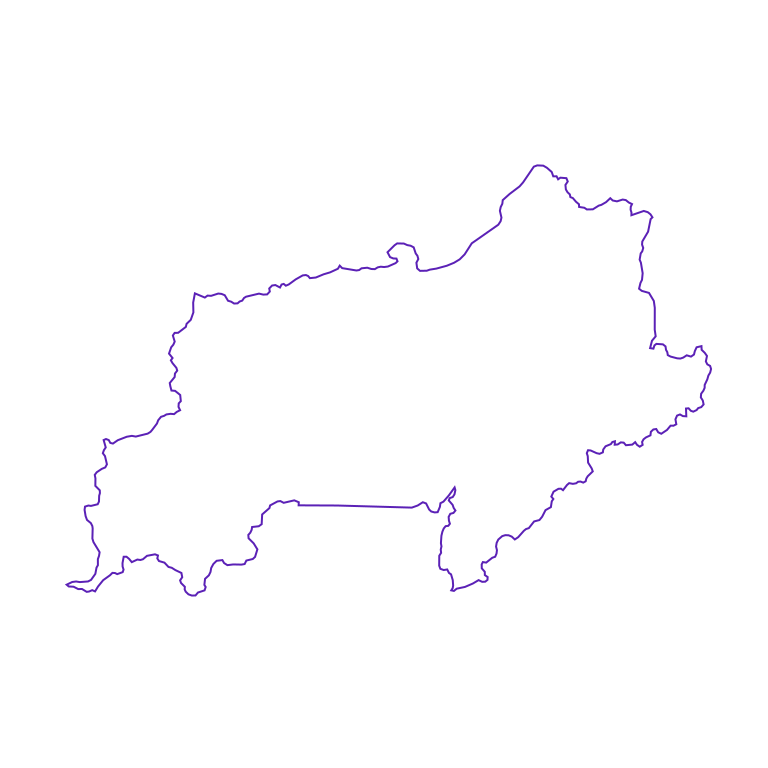 outline of Governador Valadares, Minas Gerais, Brazil, rotated 177°
{"feature_id": "56859067B87611191748041", "entity_name": "Governador Valadares", "entity_type": "district", "adm_level": 2, "iso_a3": "BRA", "parent_name": "Brazil", "parent_adm1": "Minas Gerais", "projection": "orthographic", "projection_center": [-41.948, -18.795], "detail": "fine", "context": "isolated", "style": "outline", "palette": "violet", "viewbox_px": 768, "rotation_deg": 177, "n_neighbors": 0, "source": "geoboundaries", "source_scale": "gbopen_adm2", "svg_char_len": 6123}
<svg xmlns="http://www.w3.org/2000/svg" viewBox="0 0 768 768"><g transform="rotate(177 384 384)"><path d="M160.2,550.9L166.3,547.5L172.3,547.7L174.7,549.5L179.9,550.6L179.9,553.3L182.7,555.9L185.7,559.8L188.1,560.9L188.5,563.6L190.7,565.9L192.2,568.8L192.4,573.3L189.9,576.6L191.1,580.0L197.1,580.8L199.4,579.3L200.8,582.4L204.1,582.5L205.4,586.9L210.0,591.4L213.5,593.7L219.5,594.3L223.0,593.2L234.6,578.0L238.3,574.2L248.6,567.2L255.8,561.4L256.4,557.8L258.2,554.6L259.2,550.9L258.0,544.0L259.0,540.5L261.5,537.1L289.0,519.9L296.7,509.2L301.9,504.5L307.7,501.4L315.1,498.8L325.7,496.5L332.3,495.8L335.3,494.9L342.1,495.1L344.8,497.7L345.3,503.4L343.2,507.0L343.9,510.3L345.5,512.7L347.2,518.9L350.2,520.7L353.5,521.5L356.8,523.2L363.5,523.7L366.2,522.0L373.6,515.4L371.3,510.4L368.2,508.9L365.0,508.6L364.1,505.8L366.1,504.1L374.0,501.1L377.8,500.8L381.1,501.3L384.2,500.8L387.1,499.2L390.6,499.5L394.6,501.0L400.4,500.7L402.8,499.1L405.6,498.8L419.7,501.9L422.0,504.5L424.0,501.5L432.0,498.3L438.6,496.7L446.5,493.9L452.5,493.6L454.1,495.8L456.3,496.9L459.5,496.7L466.7,493.1L473.9,488.4L476.9,487.3L478.9,489.2L481.1,488.7L482.8,485.8L487.3,488.5L490.6,488.2L493.6,485.4L493.2,482.3L496.0,479.6L499.9,479.6L504.1,480.8L517.2,478.4L519.3,477.2L521.2,474.7L523.9,473.9L526.0,472.2L529.5,472.2L532.3,474.2L535.4,475.3L538.4,481.0L541.6,482.5L544.8,483.0L552.0,481.1L555.6,481.5L558.4,479.7L568.1,484.4L570.3,475.3L570.6,465.5L573.6,458.2L578.0,454.4L578.9,451.4L586.9,445.9L590.4,446.0L592.3,443.5L590.8,437.3L592.3,434.3L594.6,431.8L597.1,425.6L593.8,421.0L595.6,418.8L594.1,415.9L590.5,411.0L589.8,408.2L592.2,405.4L592.7,401.9L597.9,396.2L597.5,393.0L596.6,388.6L593.0,388.1L588.1,383.7L587.8,377.5L590.0,375.4L590.4,371.9L589.0,368.5L592.4,367.0L595.2,364.9L598.7,365.4L602.9,365.0L605.3,363.7L608.4,362.9L611.4,359.6L612.8,356.4L617.9,350.3L619.7,348.4L622.6,346.8L634.6,344.5L638.5,345.4L643.6,344.8L652.8,341.8L657.8,338.7L660.4,339.5L661.8,342.4L664.5,343.6L666.9,342.7L665.2,335.2L667.1,332.7L668.4,329.6L666.4,326.6L664.9,318.3L666.7,315.3L670.3,314.0L675.5,310.9L677.6,308.4L677.1,304.9L677.6,297.4L673.4,292.7L673.4,289.9L674.3,287.3L674.8,281.5L676.2,278.9L683.0,277.6L685.6,278.1L689.0,277.2L689.6,274.0L688.9,267.7L687.7,263.8L684.0,260.4L682.7,257.4L682.5,255.0L683.3,244.9L682.4,241.3L676.8,230.9L677.6,227.2L678.9,224.1L679.2,218.0L680.7,215.7L682.2,209.5L686.8,203.7L689.9,202.3L698.2,202.1L701.8,202.9L705.7,202.6L711.4,200.2L709.4,198.3L704.6,197.8L700.1,195.2L696.3,195.1L691.8,192.0L689.4,192.2L686.2,193.4L683.4,192.0L680.2,196.7L674.7,202.8L667.7,207.3L665.1,209.6L662.5,209.3L660.4,208.1L654.8,209.8L653.8,212.3L654.6,215.4L654.5,218.8L653.0,225.1L650.2,225.0L647.7,222.7L645.2,219.3L639.5,221.6L636.5,221.0L633.9,221.6L629.7,224.8L621.6,225.9L618.7,224.6L619.5,221.7L618.0,219.0L612.6,217.1L608.8,212.6L605.6,211.6L602.1,209.1L596.2,205.9L595.6,201.6L597.9,198.6L597.1,195.9L593.5,191.9L593.8,189.3L592.9,187.0L590.3,184.2L587.0,182.8L583.3,182.7L580.7,185.5L574.0,187.3L572.7,190.6L573.9,192.8L572.9,198.8L568.9,202.1L567.1,205.4L566.2,209.3L563.8,213.2L560.4,216.2L554.6,216.6L553.1,213.6L549.9,211.3L544.0,211.7L535.8,211.1L532.6,211.5L530.7,214.9L524.2,216.1L521.8,218.1L519.1,225.5L522.5,231.7L527.3,237.0L527.4,240.4L525.3,242.5L523.8,245.3L523.2,248.1L516.5,248.5L513.5,250.4L512.5,260.1L504.9,266.1L504.1,268.7L496.5,272.3L493.6,272.5L490.4,270.6L479.7,272.5L475.3,270.4L475.6,267.3L437.1,265.1L362.7,259.1L356.7,260.9L351.4,263.9L348.2,262.5L345.5,256.3L343.5,254.2L340.1,253.1L337.1,253.2L334.6,258.4L333.9,262.0L330.8,263.4L325.1,269.3L318.9,277.0L318.3,274.3L319.4,270.1L321.3,267.5L324.4,266.6L325.4,264.3L321.8,259.7L320.9,256.6L319.3,253.9L321.4,251.6L324.6,250.9L326.4,247.9L326.3,244.1L325.5,241.0L327.2,239.0L329.9,238.8L331.9,236.6L333.4,233.5L334.6,229.5L335.5,222.0L335.1,218.8L336.0,215.7L335.8,212.4L337.8,209.6L338.4,199.7L337.4,196.5L334.1,195.1L330.6,195.5L329.0,191.9L327.0,190.4L325.6,184.5L325.5,179.1L326.1,176.6L327.6,174.4L325.0,173.7L322.1,175.8L313.8,177.1L305.7,180.1L299.8,183.2L296.3,181.3L293.2,181.3L290.9,183.0L290.6,185.8L293.3,187.9L293.2,191.2L296.0,194.8L295.9,198.7L294.6,201.0L291.3,200.3L285.0,204.8L282.0,205.7L280.5,208.8L279.9,212.2L280.6,215.8L279.8,219.5L278.0,222.7L273.9,225.9L270.8,226.7L267.5,226.4L264.4,224.9L261.5,221.9L258.0,224.0L252.0,230.1L249.8,231.7L246.9,232.5L241.3,238.9L235.9,240.0L233.0,243.2L229.3,249.6L223.8,252.3L222.6,258.1L220.9,260.3L222.8,262.8L220.3,267.6L215.3,270.2L212.7,270.2L210.8,268.6L206.5,273.6L204.3,275.3L200.6,274.4L197.3,274.8L195.3,276.2L192.9,276.3L190.2,275.1L187.7,276.3L186.9,279.0L185.4,281.2L180.1,285.8L181.0,288.8L184.3,294.8L184.3,301.3L185.1,304.3L183.7,307.2L181.1,306.8L175.3,303.8L172.4,303.0L169.0,304.3L168.5,307.1L166.0,310.2L160.6,312.1L159.0,314.1L156.4,314.7L156.8,311.3L153.8,311.4L150.6,313.3L147.7,312.9L145.6,310.2L139.2,310.5L136.2,312.8L134.6,310.1L131.9,308.0L128.9,309.7L129.3,312.6L127.7,315.2L125.1,317.0L120.6,318.8L120.0,322.3L117.4,324.5L114.5,324.8L112.7,321.4L109.7,319.8L103.8,323.3L100.0,327.4L97.1,327.2L94.2,328.5L94.8,333.5L93.0,337.1L90.0,338.1L87.2,336.3L83.8,335.9L83.7,343.7L81.1,343.8L79.0,341.2L76.6,340.2L73.2,341.6L71.5,343.5L68.4,344.3L65.9,346.9L66.5,350.8L68.3,354.0L67.8,357.7L65.4,360.6L64.0,363.4L63.8,366.3L60.9,371.7L59.6,375.5L57.7,378.3L56.6,381.9L57.4,385.0L60.1,386.7L61.4,389.7L60.0,395.1L62.1,398.4L65.0,401.5L65.0,405.2L69.9,404.3L71.9,400.5L72.9,397.2L76.0,395.3L80.2,396.8L83.8,394.7L86.7,393.9L89.9,394.3L96.4,396.4L99.1,398.0L99.4,400.9L100.6,403.4L100.9,406.8L103.4,409.0L109.9,409.8L111.9,408.4L113.1,405.2L116.4,405.9L114.1,413.2L110.2,417.4L110.8,424.1L109.6,445.9L110.2,452.8L114.6,461.1L121.7,463.5L124.3,465.8L122.6,471.5L120.9,474.5L119.9,481.1L121.1,491.7L122.2,494.8L120.8,501.0L119.2,502.9L118.0,506.3L119.0,509.7L118.6,512.8L112.3,522.3L109.1,534.7L107.2,536.4L109.0,539.5L111.6,541.8L115.5,543.2L128.1,539.6L127.9,542.3L128.6,545.1L128.3,548.1L126.9,550.7L130.0,552.4L132.9,555.0L136.0,555.7L141.8,554.2L146.0,555.3L148.3,557.7L152.7,554.0L157.6,551.5L160.2,550.9Z" fill="none" stroke="#5b21b6" stroke-width="2"/></g></svg>